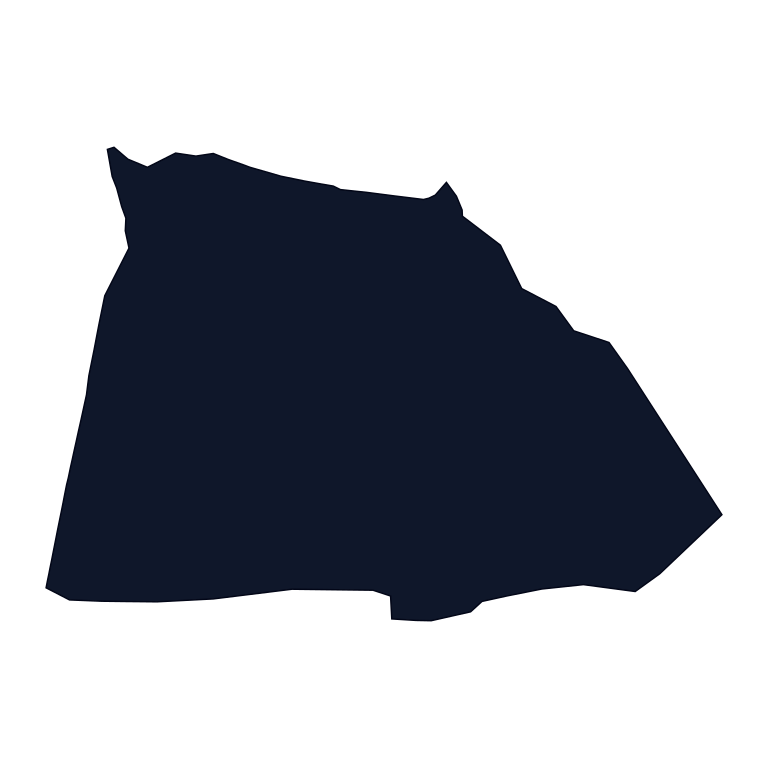 Yola North, Adamawa, Nigeria
{"feature_id": "59680162B21673152212894", "entity_name": "Yola North", "entity_type": "district", "adm_level": 2, "iso_a3": "NGA", "parent_name": "Nigeria", "parent_adm1": "Adamawa", "projection": "albers", "projection_center": [12.433, 9.255], "detail": "fine", "context": "isolated", "style": "filled", "palette": "ink", "viewbox_px": 768, "rotation_deg": 0, "n_neighbors": 0, "source": "geoboundaries", "source_scale": "gbopen_adm2", "svg_char_len": 1208}
<svg xmlns="http://www.w3.org/2000/svg" viewBox="0 0 768 768"><path d="M303.7,180.9L280.8,176.2L250.3,167.4L248.3,166.7L245.2,165.5L228.3,159.5L213.3,153.5L195.9,156.1L175.6,153.1L147.4,167.3L127.9,159.2L114.0,147.3L107.4,149.4L112.2,176.5L116.7,188.0L121.7,206.6L125.9,218.2L125.3,230.8L129.0,248.1L122.6,260.7L104.8,295.7L99.1,323.7L97.5,332.0L94.1,349.8L88.9,375.6L86.5,394.8L82.5,413.1L81.1,419.5L78.6,430.6L76.2,441.6L74.3,450.1L72.3,459.3L70.6,466.9L68.4,477.5L66.6,484.8L64.4,495.9L63.2,502.2L62.8,504.2L61.3,511.7L59.4,521.0L57.4,530.9L55.7,539.6L53.7,549.7L51.6,560.4L50.0,568.2L48.9,573.9L47.5,580.6L46.1,587.8L69.5,599.9L102.0,601.2L127.0,601.5L138.2,601.6L157.0,601.8L213.2,598.9L292.0,589.2L373.0,590.2L390.6,596.0L391.8,618.9L416.0,620.4L431.2,620.7L450.6,616.3L470.6,611.8L482.0,601.4L506.6,596.0L541.8,589.0L583.4,584.6L635.2,591.5L659.8,573.7L721.9,514.7L627.5,368.5L609.0,342.5L573.7,330.8L556.0,306.5L521.7,288.6L500.4,245.2L462.4,216.2L462.1,210.0L456.4,196.2L446.4,182.4L435.3,195.1L428.9,198.2L423.5,199.5L410.4,197.9L394.8,196.0L366.1,192.3L350.6,190.7L340.4,189.6L333.3,186.1L327.0,185.0L323.5,184.4L321.6,184.1L303.7,180.9Z" fill="#0f172a" stroke="#020617" stroke-width="1.5"/></svg>